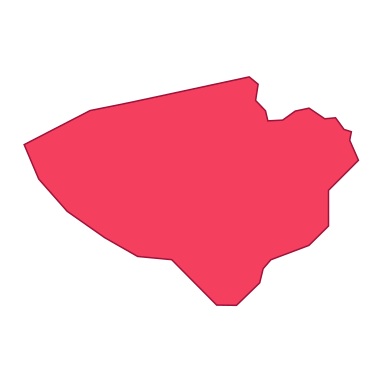 outline of Calderdale, rotated 179°
{"feature_id": "GBR-5672", "entity_name": "Calderdale", "entity_type": "Metropolitan Borough", "adm_level": 1, "iso_a3": "GBR", "parent_name": "United Kingdom", "parent_adm1": "", "projection": "equal_earth", "projection_center": [-2.016, 53.755], "detail": "fine", "context": "isolated", "style": "filled", "palette": "rose", "viewbox_px": 384, "rotation_deg": 179, "n_neighbors": 0, "source": "natural_earth", "source_scale": "10m", "svg_char_len": 529}
<svg xmlns="http://www.w3.org/2000/svg" viewBox="0 0 384 384"><g transform="rotate(179 192 192)"><path d="M31.6,249.5L33.4,240.9L25.0,220.8L55.5,191.3L56.1,155.6L76.0,136.6L114.3,122.9L122.2,114.1L125.9,100.0L149.5,77.9L169.3,78.5L213.5,124.7L247.5,128.5L280.0,147.8L317.1,174.8L345.0,207.6L359.0,242.3L292.5,275.2L250.7,282.9L132.8,306.1L124.0,298.6L126.8,282.4L117.1,271.9L114.9,261.8L100.1,262.3L87.4,271.1L73.5,273.8L58.0,262.9L47.2,263.7L38.9,251.9L31.6,249.5Z" fill="#f43f5e" stroke="#9f1239" stroke-width="1.5"/></g></svg>